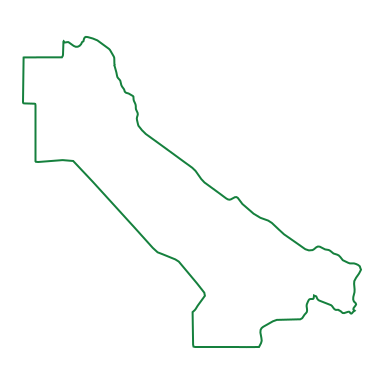 map outline of Chardzhou (Equal Earth projection)
{"feature_id": "TKM-359", "entity_name": "Chardzhou", "entity_type": "Province", "adm_level": 1, "iso_a3": "TKM", "parent_name": "Turkmenistan", "parent_adm1": "", "projection": "equal_earth", "projection_center": [63.989, 39.075], "detail": "fine", "context": "isolated", "style": "outline", "palette": "green", "viewbox_px": 384, "rotation_deg": 0, "n_neighbors": 0, "source": "natural_earth", "source_scale": "10m", "svg_char_len": 2874}
<svg xmlns="http://www.w3.org/2000/svg" viewBox="0 0 384 384"><path d="M336.2,309.9L335.6,309.8L334.5,309.2L333.6,308.2L332.1,306.1L331.1,305.2L319.1,300.5L318.0,299.7L317.7,299.3L317.2,298.6L316.3,296.5L315.9,296.2L314.8,295.9L314.0,295.5L313.9,296.5L313.6,298.4L312.9,299.0L310.7,299.0L309.7,299.2L309.1,299.6L308.6,300.3L308.0,301.5L307.4,302.9L306.8,304.4L306.6,306.0L307.0,309.0L307.1,310.6L306.8,312.0L306.1,313.0L304.6,314.6L302.2,318.2L300.3,319.3L299.6,319.3L276.8,319.9L272.9,321.3L263.2,326.8L261.6,328.1L260.6,329.9L260.4,332.6L261.4,338.0L261.7,340.8L261.0,343.2L259.0,347.0L246.5,347.1L235.5,347.0L220.6,347.0L207.8,347.0L195.1,347.0L193.5,346.6L193.1,344.7L192.6,312.1L194.7,310.2L195.6,309.1L197.7,305.7L204.9,295.8L204.3,292.7L197.1,283.5L178.8,261.6L175.3,259.4L163.0,254.4L157.6,252.3L152.8,247.9L135.9,229.1L92.9,181.9L82.9,171.3L75.0,162.9L73.2,161.0L62.6,160.1L38.2,162.0L35.9,161.8L35.5,161.3L35.5,148.6L35.5,126.4L35.5,105.5L35.4,104.6L35.2,103.9L34.5,103.7L24.1,103.4L23.4,103.2L23.1,102.7L23.0,102.0L23.6,57.5L24.0,57.4L61.9,57.3L62.7,56.0L63.0,54.9L63.4,43.1L63.4,41.8L63.7,41.2L63.9,41.4L64.1,42.0L64.3,42.6L67.4,42.1L68.4,42.1L73.7,45.9L75.8,46.8L77.8,46.7L79.6,45.8L81.1,44.2L82.1,42.1L83.4,41.3L84.0,38.9L84.7,37.5L85.9,36.9L87.8,37.1L92.8,38.5L97.4,40.4L109.0,48.9L110.0,50.0L113.7,56.4L114.2,57.6L114.3,59.0L114.4,63.8L114.7,64.8L114.3,65.3L114.8,66.7L116.4,72.5L117.0,75.6L117.4,77.1L118.0,78.0L119.7,79.9L120.3,80.8L121.3,85.0L122.0,86.5L123.9,89.1L124.2,89.7L124.7,91.3L124.7,91.5L125.0,91.9L126.1,92.8L128.6,93.5L132.9,96.0L133.4,96.6L133.6,99.6L133.9,100.8L135.2,103.6L135.6,104.8L135.8,106.2L135.8,108.0L136.0,109.4L137.6,112.9L137.8,114.4L137.5,115.7L137.1,116.9L136.8,118.4L137.0,120.0L137.9,123.9L138.4,125.7L142.2,130.5L142.7,130.9L145.8,134.0L151.9,138.4L159.1,143.6L167.6,149.8L185.0,162.5L192.3,167.8L195.6,171.0L201.3,179.1L204.5,182.5L210.4,186.8L217.8,192.2L226.3,198.5L227.9,199.4L229.4,199.7L230.8,199.4L234.9,197.2L236.5,197.1L237.8,197.9L239.4,200.0L242.4,204.0L253.6,213.7L260.4,217.8L268.2,220.6L271.8,222.9L278.9,229.6L284.0,234.3L291.2,239.3L296.5,243.0L305.3,249.2L308.9,250.4L312.5,250.1L313.9,249.3L316.4,247.2L318.0,246.5L319.8,246.7L325.1,249.4L328.7,250.0L330.2,250.8L333.5,253.5L337.0,254.6L338.7,255.4L340.3,257.0L342.8,260.2L348.2,262.8L349.9,263.4L354.0,263.4L356.0,264.0L358.0,264.9L359.8,266.3L360.4,268.2L361.0,269.7L359.0,273.6L356.1,277.7L354.3,281.1L354.1,283.9L354.6,289.4L354.5,292.2L353.3,297.0L353.2,299.5L353.9,301.5L355.0,302.5L355.8,303.4L356.1,304.5L355.2,306.0L354.3,307.1L353.5,308.3L353.4,309.6L354.7,310.7L353.8,311.3L352.9,312.1L352.1,313.1L351.6,313.5L351.1,313.6L350.4,313.2L349.6,312.0L349.0,311.7L347.8,311.9L344.1,313.1L342.7,313.0L341.6,312.1L340.7,311.2L340.3,311.0L339.8,310.7L339.3,310.6L338.6,309.9L338.0,309.8L336.2,309.9Z" fill="none" stroke="#15803d" stroke-width="2"/></svg>